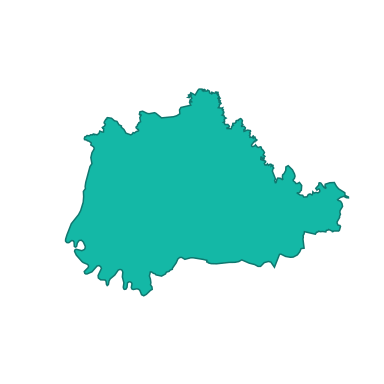 Kham Khuean Kaeo, Yasothon, Thailand, rotated 331°
{"feature_id": "78962969B10753248313683", "entity_name": "Kham Khuean Kaeo", "entity_type": "district", "adm_level": 2, "iso_a3": "THA", "parent_name": "Thailand", "parent_adm1": "Yasothon", "projection": "robinson", "projection_center": [104.4, 15.654], "detail": "fine", "context": "isolated", "style": "filled", "palette": "teal", "viewbox_px": 384, "rotation_deg": 331, "n_neighbors": 0, "source": "geoboundaries", "source_scale": "gbopen_adm2", "svg_char_len": 6049}
<svg xmlns="http://www.w3.org/2000/svg" viewBox="0 0 384 384"><g transform="rotate(331 192 192)"><path d="M253.9,111.0L252.4,110.0L252.4,109.2L252.9,109.0L252.6,108.3L252.0,108.1L251.2,109.1L250.9,107.6L250.3,108.0L250.5,106.8L248.1,105.4L246.5,105.9L241.8,108.7L239.1,104.6L238.4,105.1L238.3,106.8L237.4,106.4L237.2,105.7L235.9,105.5L235.8,107.3L234.4,107.3L235.4,108.2L237.4,107.2L237.3,109.9L234.7,110.7L234.7,111.4L235.5,112.3L235.5,113.0L234.8,112.8L234.0,111.7L233.3,112.3L233.0,115.5L223.3,112.7L220.9,114.1L219.3,117.7L215.7,117.9L212.3,117.2L201.3,112.4L198.6,105.7L197.7,104.5L192.4,102.7L190.9,101.5L188.0,97.4L185.4,96.6L183.6,98.5L183.7,99.2L184.6,99.4L184.8,100.1L182.4,101.6L181.1,105.6L179.1,105.6L178.7,106.3L177.3,106.5L175.9,107.9L174.8,107.9L174.2,108.7L174.9,110.9L175.3,111.1L175.2,112.2L174.3,112.6L172.6,112.1L170.2,112.5L169.3,111.5L167.9,112.3L166.2,112.4L162.8,108.5L162.8,104.3L161.6,101.1L162.3,100.0L160.7,97.8L160.6,93.9L158.7,92.1L157.4,88.5L154.2,86.0L153.7,85.9L152.6,86.9L152.0,86.6L149.3,88.2L148.6,89.0L149.1,90.7L147.6,91.9L144.8,92.1L144.8,93.1L145.5,93.7L143.7,96.6L142.6,96.1L140.9,94.0L139.1,95.6L136.6,96.0L135.8,95.0L134.3,94.5L134.4,93.8L133.7,93.4L132.5,93.7L131.0,92.8L129.5,93.1L127.6,91.7L125.9,92.1L125.1,91.8L123.8,92.9L123.4,94.1L125.1,95.5L125.3,96.5L126.2,97.1L127.6,99.7L127.5,100.5L126.3,101.8L127.7,104.5L127.8,105.6L127.3,106.9L123.6,109.1L120.2,112.9L118.2,118.7L115.1,120.3L103.7,132.1L101.2,135.4L100.4,137.4L97.3,138.8L95.0,143.5L91.9,148.2L85.6,154.3L81.8,156.8L71.1,161.2L61.8,168.9L58.6,172.0L57.6,173.6L57.9,175.4L59.0,176.3L60.1,176.6L63.1,176.1L64.4,177.0L64.6,178.6L62.7,182.5L63.3,183.7L64.6,183.7L67.0,181.0L69.8,179.7L71.9,180.6L72.7,183.0L72.3,187.8L71.2,189.4L70.0,190.1L67.2,189.9L62.8,185.8L61.3,186.0L60.5,187.0L60.2,191.1L62.0,199.4L62.7,201.0L65.5,204.6L65.8,205.8L65.4,207.0L64.4,207.8L59.2,209.3L58.8,211.2L59.4,212.2L60.5,212.8L65.8,213.3L73.1,210.7L75.1,211.3L75.9,213.1L75.7,215.0L69.4,219.5L68.4,221.8L69.5,224.5L73.3,226.8L73.6,228.4L72.4,231.3L72.5,232.7L74.0,232.4L76.3,229.6L78.4,228.3L84.2,227.2L89.7,224.5L91.4,224.8L92.5,225.7L92.9,226.6L92.6,228.6L89.9,232.5L88.4,238.4L85.7,242.0L85.3,243.7L85.8,244.5L87.2,244.9L89.0,243.8L91.5,240.2L93.3,240.0L94.5,240.7L95.1,241.9L95.0,243.2L92.6,246.1L92.4,247.6L93.3,248.8L96.8,249.9L98.1,251.1L98.7,252.6L98.1,257.4L99.5,259.4L102.4,259.4L108.0,257.9L110.0,257.9L111.0,255.5L110.7,253.1L112.1,251.3L113.4,248.0L114.0,244.8L116.8,241.7L117.8,242.2L118.8,244.4L120.1,245.7L120.3,247.0L124.6,250.8L129.1,250.8L130.7,249.7L133.5,250.3L135.1,249.7L137.3,250.1L137.9,249.2L143.8,246.3L147.2,243.7L149.5,243.3L151.3,244.2L153.1,247.4L159.0,248.9L161.0,250.0L169.0,256.3L171.9,259.0L171.0,260.3L171.9,261.1L171.9,261.9L174.1,264.0L178.7,266.7L190.4,271.6L195.4,274.3L199.1,275.5L202.6,275.5L207.5,281.9L211.7,285.9L213.7,289.1L215.9,290.3L221.0,288.8L225.1,289.8L227.0,291.5L227.6,297.8L238.1,289.1L238.8,289.0L239.7,289.5L242.6,293.7L246.4,296.8L249.0,298.0L253.7,298.1L257.3,296.5L260.0,294.4L262.8,295.5L266.3,286.8L267.2,285.9L268.1,283.9L269.7,283.0L271.1,281.2L279.4,288.7L281.4,287.6L282.6,288.0L283.8,287.7L284.9,288.9L287.2,289.9L289.7,291.8L290.9,290.7L292.8,291.3L293.3,291.0L295.7,294.2L295.5,294.7L295.9,295.0L297.2,294.9L301.3,297.2L302.4,296.9L305.2,294.1L305.1,292.9L303.7,291.9L303.8,289.7L304.4,288.5L308.8,285.8L309.3,284.7L311.1,283.4L311.3,281.8L312.4,280.1L316.7,277.6L317.6,274.8L317.5,272.1L315.7,270.1L315.6,269.2L319.2,268.7L322.7,269.4L324.2,271.8L326.0,273.0L326.4,272.2L324.2,269.2L325.3,266.7L321.8,260.4L321.1,257.1L321.1,252.7L317.0,250.7L312.3,249.8L311.2,251.3L311.2,253.2L310.7,253.5L309.7,252.2L309.0,246.7L308.2,245.8L307.4,245.7L306.2,247.4L302.0,248.8L302.2,250.9L304.1,250.7L304.7,251.2L304.4,252.9L303.7,253.7L301.6,253.8L300.3,252.5L298.4,252.2L297.8,250.4L296.8,251.9L295.5,252.7L294.3,250.9L292.5,250.6L290.2,252.0L287.3,250.6L287.2,248.5L285.1,247.1L283.5,244.1L283.8,243.8L284.8,244.5L286.2,244.5L287.3,243.6L288.4,243.6L291.1,239.5L290.6,235.7L288.7,235.8L286.9,234.9L286.8,233.3L286.0,231.5L286.3,230.4L288.1,229.8L289.8,228.1L290.4,225.8L290.6,221.3L288.9,215.6L286.3,215.6L284.4,218.6L281.3,220.6L279.6,220.9L278.2,222.9L277.6,224.9L276.9,224.9L275.9,222.8L273.8,221.4L272.5,222.1L270.1,224.5L269.4,224.3L269.8,222.0L271.3,221.1L272.4,212.8L273.9,211.1L275.1,210.7L274.9,209.1L275.8,208.0L275.4,207.5L273.8,207.7L274.7,206.5L274.5,205.9L273.5,205.5L271.9,205.8L271.6,203.9L270.3,204.5L269.0,203.8L269.1,202.1L271.1,201.4L271.3,200.7L267.9,196.9L269.2,194.9L270.0,195.3L269.7,196.5L270.8,198.1L271.2,198.0L271.4,196.8L273.1,196.2L272.2,194.1L274.5,192.6L274.4,189.9L273.8,188.4L274.2,186.1L273.7,185.6L271.5,185.2L270.9,184.4L270.4,181.5L269.4,182.1L267.4,181.8L266.7,181.5L266.5,180.6L267.0,179.6L270.8,178.1L271.3,178.5L271.8,177.9L272.7,178.3L274.0,178.0L273.2,176.2L273.7,174.5L272.8,174.1L272.8,172.7L272.2,172.7L271.6,174.3L271.1,173.3L269.2,172.3L269.8,171.4L269.7,170.4L271.2,169.3L271.0,168.2L272.6,167.4L272.8,166.6L270.5,164.7L266.9,164.2L267.4,162.8L268.9,162.8L269.8,161.7L269.2,159.6L267.2,158.7L267.6,157.9L269.2,157.6L268.9,156.1L270.7,154.1L270.6,152.2L270.0,151.3L268.2,151.3L267.2,151.9L266.3,151.2L264.9,151.2L264.1,152.5L262.7,152.6L261.0,151.8L260.2,152.8L260.5,153.6L258.8,153.8L257.0,155.7L253.4,153.5L253.7,152.9L255.4,153.4L256.6,152.7L256.1,150.3L253.7,149.1L253.6,147.5L254.2,146.7L253.5,146.3L254.8,146.0L255.4,144.0L257.6,143.9L256.6,142.1L257.0,141.1L255.6,139.3L257.5,139.0L257.5,138.0L258.5,137.8L258.7,136.4L258.3,135.5L259.2,135.1L258.6,134.2L259.7,133.2L258.5,133.0L255.9,131.0L257.6,130.1L258.4,128.8L260.3,128.7L260.4,127.0L259.6,127.2L259.2,126.3L260.8,125.8L259.9,124.8L260.0,124.4L262.1,123.6L261.6,122.6L260.8,123.7L260.1,122.7L262.1,121.5L261.7,120.2L262.4,119.6L262.3,118.7L263.1,117.5L262.3,116.9L261.5,118.0L261.5,116.2L261.0,116.0L260.5,116.7L259.4,116.5L257.7,114.3L257.3,114.6L257.3,115.7L256.8,115.7L255.4,113.7L256.1,112.3L255.6,111.2L255.0,110.4L253.9,111.0Z" fill="#14b8a6" stroke="#0f766e" stroke-width="1.5"/></g></svg>